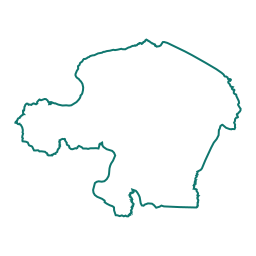 Kinshasa, Kinshasa City, Democratic Republic of the Congo
{"feature_id": "63176286B79360907689545", "entity_name": "Kinshasa", "entity_type": "district", "adm_level": 2, "iso_a3": "COD", "parent_name": "Democratic Republic of the Congo", "parent_adm1": "Kinshasa City", "projection": "mercator", "projection_center": [15.673, -4.477], "detail": "fine", "context": "isolated", "style": "outline", "palette": "teal", "viewbox_px": 256, "rotation_deg": 0, "n_neighbors": 0, "source": "geoboundaries", "source_scale": "gbopen_adm2", "svg_char_len": 5782}
<svg xmlns="http://www.w3.org/2000/svg" viewBox="0 0 256 256"><path d="M232.8,87.1L230.7,86.5L229.6,84.0L228.4,82.8L228.2,82.0L228.5,81.2L229.2,80.7L230.2,80.9L230.8,80.1L230.9,79.7L230.5,79.2L228.0,78.9L227.5,77.4L226.1,76.5L225.0,76.5L224.2,75.8L223.7,74.6L221.6,72.8L216.4,69.2L205.4,62.7L192.1,55.2L184.9,51.4L167.3,42.9L164.1,42.0L162.8,42.1L160.7,45.4L159.2,46.2L156.8,46.6L156.7,46.3L155.6,46.1L155.6,45.6L155.0,45.4L155.0,44.5L154.6,44.2L153.7,44.2L152.8,43.5L152.2,43.5L151.9,43.0L150.7,42.5L149.4,41.3L148.4,41.1L147.7,40.3L146.3,39.6L145.3,40.4L145.4,40.8L144.5,41.8L143.5,41.9L142.8,43.1L142.3,43.2L142.1,43.7L141.5,43.9L140.8,43.1L139.4,43.0L138.8,44.0L137.8,44.1L136.9,45.2L136.5,45.2L135.6,45.7L135.0,45.3L134.2,45.8L132.5,45.9L129.9,47.2L128.5,47.5L125.2,49.3L122.4,49.2L121.3,48.8L117.5,49.7L115.0,50.1L113.3,49.8L109.9,50.7L106.8,51.1L104.3,51.9L103.3,51.9L102.0,52.7L98.1,53.4L94.3,55.2L92.5,55.4L90.1,56.1L89.1,57.0L87.6,57.5L86.7,58.3L85.3,58.9L83.9,59.0L83.2,59.7L82.2,61.5L80.2,62.9L79.4,65.1L78.0,66.2L78.2,68.8L76.8,70.9L75.5,74.1L75.5,75.4L76.1,76.7L76.8,77.6L78.9,79.1L79.9,80.5L80.9,81.4L82.4,83.8L83.2,87.4L83.0,90.2L82.3,93.2L81.7,94.4L80.5,95.5L80.5,96.5L79.9,98.0L78.8,99.6L76.5,102.1L71.3,105.3L69.0,105.6L66.4,105.3L62.4,105.5L58.3,104.6L55.2,103.3L54.5,103.4L51.3,102.1L51.1,102.1L51.6,102.7L51.5,103.3L50.8,103.6L50.6,104.1L50.2,104.1L50.4,103.9L50.1,103.5L49.6,103.3L49.7,103.1L49.3,103.4L49.4,102.8L48.3,102.0L47.6,100.5L45.9,99.1L44.6,99.0L41.2,100.2L40.4,100.1L39.7,99.5L39.2,99.7L37.2,101.9L37.1,103.4L35.8,104.0L36.3,104.1L36.0,104.3L33.8,103.4L32.5,103.8L31.4,104.9L29.6,104.5L28.6,104.8L27.7,103.7L26.5,103.7L25.3,104.9L25.0,106.0L24.5,106.7L24.1,110.4L23.1,110.5L23.0,110.9L23.1,113.3L23.8,114.1L23.3,114.1L22.6,114.7L22.5,115.2L21.8,115.4L20.9,116.1L20.4,116.7L20.7,117.5L20.3,117.1L19.9,117.2L19.8,117.8L18.2,118.4L17.7,119.1L17.7,119.7L16.9,120.5L16.9,121.3L16.1,121.6L16.3,122.1L15.6,122.2L15.4,122.7L16.6,123.1L17.2,123.0L17.6,123.8L18.1,124.1L19.0,124.2L19.5,123.9L19.6,124.3L20.8,124.9L22.2,127.4L22.8,129.9L22.8,131.2L22.5,132.3L23.1,133.6L22.3,136.1L22.2,137.5L22.9,138.3L22.5,139.2L22.4,140.8L22.6,141.3L25.9,141.7L27.8,142.5L28.9,145.1L29.3,145.5L31.5,146.2L32.2,146.7L34.0,150.4L35.2,150.5L37.6,150.3L38.4,150.4L39.4,151.4L41.4,151.3L45.1,151.8L45.8,152.6L47.0,153.2L47.6,154.3L47.4,154.7L48.3,155.4L52.0,155.4L52.0,154.8L52.3,154.7L52.2,155.0L52.7,154.9L53.7,153.9L55.3,153.9L55.2,153.3L57.2,151.9L57.6,150.0L58.2,149.5L58.3,148.7L59.3,148.0L59.7,146.6L59.5,146.2L60.0,146.0L59.7,145.2L60.0,144.9L59.5,144.3L59.8,143.6L59.4,142.5L59.8,142.1L59.3,141.4L60.0,140.5L59.8,140.2L62.4,138.9L63.5,139.1L64.6,138.9L65.0,139.2L65.1,140.5L66.8,142.9L66.6,143.7L67.0,144.8L68.8,145.7L69.2,146.4L69.1,146.8L69.5,147.9L71.1,149.1L72.6,149.2L75.4,148.2L76.4,148.5L77.3,148.0L77.6,147.0L78.9,145.9L81.7,147.2L83.0,148.5L86.3,148.5L88.1,148.9L90.3,148.3L96.5,148.2L98.5,148.5L99.4,145.4L99.3,145.1L99.9,144.5L99.6,144.1L100.0,143.7L100.9,144.1L101.1,143.3L101.8,142.8L101.8,143.5L102.2,143.3L102.4,145.4L103.5,147.0L106.7,149.2L112.2,150.9L114.0,152.7L115.2,155.5L113.0,160.7L111.2,163.4L110.2,165.7L109.5,168.4L109.0,174.2L108.5,176.2L106.8,179.1L104.4,181.2L101.8,181.7L98.6,181.3L96.7,181.8L94.9,183.1L93.1,190.0L93.5,192.7L94.8,195.0L97.2,196.8L102.0,198.8L104.6,200.6L104.8,201.3L104.6,202.2L106.8,203.7L109.9,205.3L112.5,206.2L114.0,207.4L114.1,210.4L115.7,215.2L117.4,215.3L119.7,216.1L121.9,215.4L123.8,216.3L125.6,215.6L126.4,216.2L128.0,216.4L128.5,216.1L128.7,215.1L129.7,215.0L129.8,214.6L130.2,214.6L130.1,214.2L129.9,214.4L129.8,213.9L130.7,213.3L131.1,212.3L131.3,212.5L131.2,211.8L131.6,211.8L131.5,211.1L131.0,210.4L132.2,208.5L131.9,207.7L132.4,207.1L132.0,207.0L132.3,206.7L132.1,206.6L132.5,206.2L132.6,205.4L133.1,205.4L133.5,204.7L133.6,203.9L132.0,202.3L132.2,202.1L131.8,200.9L131.4,200.8L131.7,200.4L131.5,200.2L131.8,200.2L131.7,199.9L131.9,200.1L131.9,199.3L132.2,199.2L131.7,198.1L130.4,197.4L130.0,196.6L130.3,196.5L130.0,196.2L130.2,195.5L129.8,194.9L130.1,194.5L129.8,194.5L130.3,193.9L130.2,193.4L130.7,193.3L130.8,192.9L131.4,192.9L131.6,192.6L132.3,192.8L132.3,192.6L132.8,192.7L133.7,191.9L133.4,191.0L132.5,190.3L132.3,189.6L135.8,190.8L137.2,192.4L138.8,195.1L139.7,197.2L140.7,203.2L141.8,205.4L143.6,205.7L144.7,204.6L148.0,203.4L149.5,203.5L152.0,203.7L153.9,205.1L156.2,207.7L159.6,206.7L161.4,205.6L163.9,206.4L179.6,207.1L196.4,207.5L196.9,207.2L197.0,206.7L197.3,206.7L197.4,206.1L197.9,205.7L197.5,204.6L197.8,204.0L197.5,203.1L197.9,202.6L197.7,202.4L198.3,200.7L198.2,199.8L197.8,199.6L197.7,198.7L197.4,198.5L197.4,197.4L197.8,197.3L197.9,196.2L198.2,196.2L198.4,195.8L198.1,195.6L198.4,195.5L197.9,195.1L197.9,194.7L198.1,194.7L197.7,194.5L198.0,193.7L197.9,193.0L196.5,190.9L196.7,189.6L195.8,189.1L195.0,189.1L194.5,188.6L193.7,188.7L194.2,186.6L193.7,185.7L194.2,185.5L193.9,185.1L194.2,184.3L195.6,183.9L195.6,183.1L195.1,182.7L195.7,181.9L195.7,181.4L195.3,181.3L195.6,180.7L195.1,180.9L195.5,179.7L195.3,178.7L195.7,177.8L196.8,176.6L196.2,175.5L197.2,174.8L197.0,174.1L197.3,174.1L197.1,173.7L197.6,172.2L197.3,171.7L200.7,169.9L201.9,168.5L205.3,160.3L211.1,147.8L213.8,142.6L216.7,139.0L218.6,135.2L218.9,130.0L219.7,128.8L220.4,126.1L221.9,124.9L222.5,124.8L226.1,127.8L229.7,129.1L231.5,129.3L232.0,129.0L234.5,129.1L235.2,127.5L234.9,126.5L235.1,124.6L234.1,122.7L234.9,121.2L235.1,119.1L236.3,117.6L237.2,117.6L237.9,117.2L237.8,116.6L236.8,114.7L236.9,114.2L237.2,113.8L238.2,113.5L238.7,112.5L239.8,111.6L240.5,110.3L240.6,108.7L239.8,107.7L238.1,104.9L238.1,104.3L239.1,103.0L238.8,101.1L236.4,96.1L236.2,94.6L234.5,93.8L233.8,93.0L233.8,91.6L234.4,90.2L234.3,89.8L233.6,89.5L232.9,89.7L231.9,88.8L231.9,88.3L232.8,87.1Z" fill="none" stroke="#0f766e" stroke-width="2"/></svg>